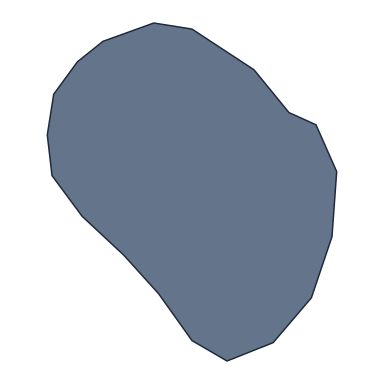 outline of Astana
{"feature_id": "KAZ-4830", "entity_name": "Astana", "entity_type": "City", "adm_level": 1, "iso_a3": "KAZ", "parent_name": "Kazakhstan", "parent_adm1": "", "projection": "natural_earth1", "projection_center": [71.419, 51.14], "detail": "fine", "context": "isolated", "style": "filled", "palette": "slate", "viewbox_px": 384, "rotation_deg": 0, "n_neighbors": 0, "source": "natural_earth", "source_scale": "10m", "svg_char_len": 360}
<svg xmlns="http://www.w3.org/2000/svg" viewBox="0 0 384 384"><path d="M153.8,23.0L192.0,29.1L254.0,69.8L289.0,112.6L316.0,124.8L336.7,171.6L332.0,236.7L311.4,297.8L273.2,342.6L227.0,361.0L192.0,340.6L158.6,293.7L123.6,255.0L82.2,216.4L52.0,175.6L47.3,134.9L53.7,94.2L77.5,61.7L103.0,41.3L153.8,23.0Z" fill="#64748b" stroke="#1e293b" stroke-width="1.5"/></svg>